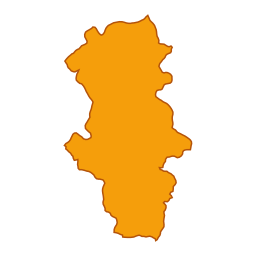 the district of Campos Altos, Minas Gerais, Brazil
{"feature_id": "56859067B3619402154228", "entity_name": "Campos Altos", "entity_type": "district", "adm_level": 2, "iso_a3": "BRA", "parent_name": "Brazil", "parent_adm1": "Minas Gerais", "projection": "robinson", "projection_center": [-46.195, -19.611], "detail": "fine", "context": "isolated", "style": "filled", "palette": "amber", "viewbox_px": 256, "rotation_deg": 0, "n_neighbors": 0, "source": "geoboundaries", "source_scale": "gbopen_adm2", "svg_char_len": 4210}
<svg xmlns="http://www.w3.org/2000/svg" viewBox="0 0 256 256"><path d="M162.1,89.1L163.3,86.6L164.1,84.9L165.5,84.0L167.8,83.6L170.2,83.1L171.5,81.9L172.0,80.1L171.9,76.2L170.6,74.3L168.9,73.2L167.4,72.6L165.9,72.4L164.1,72.9L162.3,72.3L161.3,70.5L160.1,68.5L158.9,66.3L159.7,63.6L161.4,61.6L162.7,59.7L164.1,58.5L165.1,57.2L165.8,55.4L167.1,54.2L168.9,53.4L170.6,52.7L171.3,51.3L171.3,49.2L172.2,47.3L171.0,46.0L169.3,46.7L167.9,46.5L166.3,45.6L164.1,44.2L162.0,44.0L160.3,43.9L158.6,43.0L158.9,40.4L158.1,38.1L157.1,36.3L156.7,34.0L156.5,31.7L156.2,29.8L155.4,27.7L154.5,25.4L152.9,23.3L151.0,21.5L149.9,20.3L149.0,18.1L147.8,15.4L145.8,17.1L144.6,18.7L143.1,19.7L141.8,20.2L140.4,21.0L138.2,22.0L135.8,22.5L133.9,22.9L132.2,23.0L130.3,23.4L128.4,23.3L126.5,23.0L124.3,22.3L122.3,21.8L119.4,21.7L117.7,22.0L116.1,22.3L113.6,22.8L111.6,23.8L109.9,24.7L108.4,25.4L107.2,26.6L106.0,28.2L105.1,30.3L104.4,32.4L102.8,34.5L101.2,35.1L99.8,34.1L98.7,32.9L97.4,30.9L96.3,28.8L95.0,27.3L92.9,27.0L91.6,28.4L90.4,29.1L88.7,30.1L87.2,30.9L85.6,32.1L84.7,34.4L84.8,36.8L85.9,38.9L87.1,41.2L86.8,43.2L85.1,44.3L83.2,45.1L81.6,45.8L80.3,47.4L78.8,49.0L77.5,49.4L75.7,50.6L74.5,52.0L73.5,53.3L72.0,53.8L70.2,55.4L68.6,56.7L67.2,58.2L66.1,59.5L64.9,61.1L66.2,63.2L67.2,64.6L67.6,66.4L68.3,67.8L69.6,68.9L71.3,70.9L73.4,71.7L74.9,71.9L76.3,71.2L78.8,70.0L77.9,72.3L77.0,74.0L76.4,76.3L76.1,78.2L76.3,80.1L77.8,81.8L79.8,83.4L81.6,83.8L83.5,86.0L84.7,88.0L85.5,89.7L86.3,91.6L87.5,93.6L88.7,95.9L89.9,97.8L91.1,99.2L92.2,100.6L93.0,102.1L92.5,104.0L91.9,106.0L91.6,107.6L91.2,109.2L90.3,111.5L89.7,113.6L89.7,115.5L89.9,117.3L88.8,119.1L87.8,120.8L86.9,122.4L85.9,123.9L85.2,125.6L85.5,128.5L87.5,130.6L88.9,131.9L90.5,133.2L91.2,136.0L90.9,137.6L89.3,138.5L87.8,139.3L85.8,139.5L83.5,138.8L81.7,136.8L79.6,135.5L77.8,134.0L76.2,132.9L74.4,133.1L72.9,134.3L72.1,136.0L71.2,137.8L70.5,139.5L69.2,141.3L67.7,142.5L65.8,143.6L64.4,145.5L66.0,146.6L65.8,148.9L67.4,150.2L68.6,151.6L70.6,153.2L71.8,155.2L72.9,156.2L73.3,158.3L74.3,160.3L76.1,160.0L77.8,159.5L77.9,161.5L77.6,164.4L78.0,166.4L78.2,168.3L79.4,169.7L81.8,169.7L84.3,170.3L86.8,171.1L88.9,171.5L90.6,172.3L92.2,173.5L93.9,175.0L94.9,177.0L96.5,178.7L98.4,179.1L99.9,179.1L101.3,179.5L102.8,179.8L104.0,181.3L104.8,183.2L103.9,185.2L103.1,187.1L102.6,189.0L102.5,190.9L102.8,193.2L103.3,196.0L103.7,199.4L103.0,202.1L103.2,204.2L104.4,206.6L105.1,208.5L105.1,210.5L106.5,211.7L108.6,212.1L110.3,213.3L111.0,215.2L112.4,216.4L114.3,217.3L116.1,218.2L116.8,220.1L117.2,222.7L116.6,224.7L115.6,226.2L114.8,227.6L114.2,229.5L114.1,232.4L116.0,232.7L118.2,233.3L120.4,234.4L122.5,235.1L122.7,237.0L124.2,237.2L125.9,237.3L127.6,237.4L130.5,237.4L133.8,237.0L135.7,236.2L137.4,235.6L139.2,235.2L140.6,235.7L141.9,236.4L143.9,236.4L146.0,236.9L147.9,236.5L149.8,236.2L151.8,236.8L153.4,237.8L155.3,238.8L155.7,240.6L157.2,239.6L158.3,237.4L159.8,235.5L160.4,233.6L160.5,232.0L161.4,230.5L162.6,228.8L163.9,226.8L164.0,224.6L163.6,221.2L164.0,218.2L164.5,215.5L164.0,213.3L163.9,211.6L165.2,210.0L166.0,207.8L166.0,205.6L164.9,204.2L163.5,202.8L164.6,201.5L167.4,201.7L168.9,200.4L169.8,198.5L172.2,197.6L171.3,195.7L169.7,194.1L170.8,192.2L172.9,191.4L173.2,189.3L173.3,186.5L175.1,184.6L176.1,182.8L175.8,180.5L174.6,178.2L173.8,176.2L172.2,174.9L170.9,173.7L169.5,173.1L168.2,172.4L166.9,171.3L165.3,171.3L163.5,171.1L161.9,170.0L160.2,169.5L159.4,167.6L161.1,167.8L162.8,167.4L163.1,165.5L164.0,163.2L165.4,161.5L165.6,159.2L167.1,157.2L169.4,157.0L171.1,156.4L172.5,156.1L174.4,156.2L175.8,156.9L177.3,157.7L179.4,157.2L181.4,155.8L182.6,153.9L182.7,152.1L183.5,150.7L185.0,150.0L186.8,149.7L188.7,149.7L190.4,149.7L190.8,147.6L191.1,145.6L191.6,143.7L191.4,141.7L190.4,140.1L189.1,138.9L187.3,137.6L185.2,136.2L183.6,135.4L182.0,134.6L180.6,133.8L179.2,133.2L177.5,132.4L176.5,131.3L175.5,130.0L173.5,128.9L172.1,127.7L172.5,125.9L172.9,124.2L172.8,122.5L172.4,120.5L172.2,118.4L172.3,116.6L172.9,114.2L172.9,112.1L172.1,110.2L171.2,108.6L169.9,106.7L168.2,104.8L166.7,103.5L165.0,102.7L163.0,101.7L161.2,100.3L159.6,99.5L157.7,98.1L155.8,96.6L155.5,94.5L155.9,92.4L157.0,90.5L159.0,89.9L160.8,89.8L162.1,89.1Z" fill="#f59e0b" stroke="#b45309" stroke-width="1.5"/></svg>